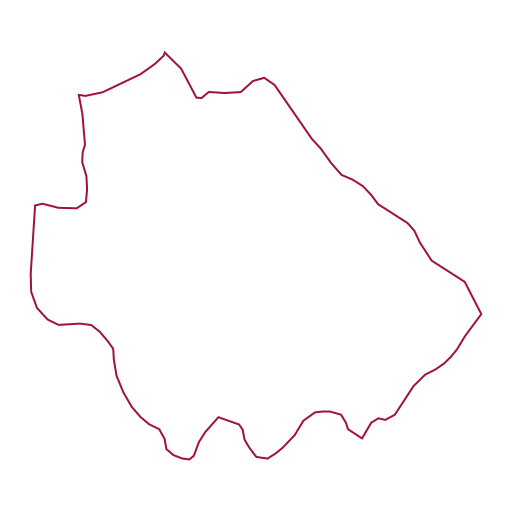 the Province of Ziro
{"feature_id": "BFA-2821", "entity_name": "Ziro", "entity_type": "Province", "adm_level": 1, "iso_a3": "BFA", "parent_name": "Burkina Faso", "parent_adm1": "", "projection": "equal_earth", "projection_center": [-1.878, 11.634], "detail": "fine", "context": "isolated", "style": "outline", "palette": "rose", "viewbox_px": 512, "rotation_deg": 0, "n_neighbors": 0, "source": "natural_earth", "source_scale": "10m", "svg_char_len": 1267}
<svg xmlns="http://www.w3.org/2000/svg" viewBox="0 0 512 512"><path d="M466.5,285.3L481.3,314.1L464.9,336.3L456.9,349.5L451.0,356.7L444.2,363.4L435.2,369.6L425.2,374.6L413.5,386.1L394.8,414.8L385.2,419.9L378.5,418.3L371.3,422.6L362.0,438.4L348.0,429.2L345.9,422.7L341.1,414.7L329.7,411.5L323.0,411.5L315.0,412.4L303.4,420.7L294.7,435.1L282.5,447.9L275.4,453.6L267.5,458.6L256.3,456.9L248.9,447.1L244.5,439.5L242.7,429.8L239.1,424.5L218.4,417.2L205.3,432.0L199.0,441.9L193.8,455.8L189.4,459.4L182.3,458.5L173.6,455.2L166.4,449.1L164.5,438.7L159.2,429.2L149.2,424.3L140.6,417.1L131.7,406.8L123.3,392.2L116.5,375.6L113.8,359.3L113.4,351.4L113.1,348.6L108.1,341.6L100.0,332.0L91.2,325.0L79.9,323.6L58.6,324.9L47.7,319.6L37.0,308.0L31.2,291.9L30.7,273.9L35.1,205.5L42.4,203.7L58.4,207.8L76.7,208.3L85.9,202.1L87.1,189.4L86.4,176.1L82.2,162.2L82.7,152.1L85.0,144.8L82.4,114.1L78.8,94.9L85.4,95.9L102.5,92.3L140.5,74.2L154.8,64.0L163.7,55.7L164.8,52.6L181.1,68.6L196.4,97.6L201.4,98.1L208.8,92.0L224.6,93.0L240.7,92.1L253.0,81.0L264.2,77.8L274.6,85.0L311.7,138.7L320.7,148.5L331.2,163.1L341.5,174.9L352.5,179.6L362.8,186.1L370.9,194.6L378.1,204.2L407.6,223.1L414.5,231.0L419.8,242.4L431.7,260.7L464.8,281.9L466.5,285.3Z" fill="none" stroke="#9f1239" stroke-width="2"/></svg>